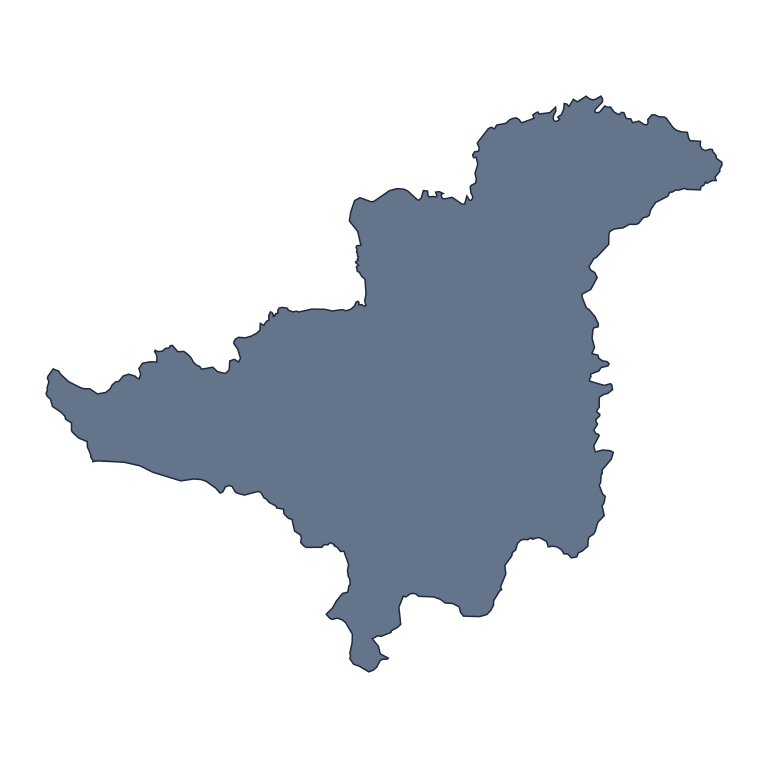 the district of Maubisse, Ainaro, East Timor
{"feature_id": "22284137B40449592168850", "entity_name": "Maubisse", "entity_type": "district", "adm_level": 2, "iso_a3": "TLS", "parent_name": "East Timor", "parent_adm1": "Ainaro", "projection": "albers", "projection_center": [125.632, -8.847], "detail": "fine", "context": "isolated", "style": "filled", "palette": "slate", "viewbox_px": 768, "rotation_deg": 0, "n_neighbors": 0, "source": "geoboundaries", "source_scale": "gbopen_adm2", "svg_char_len": 6093}
<svg xmlns="http://www.w3.org/2000/svg" viewBox="0 0 768 768"><path d="M47.1,387.5L47.4,390.2L46.1,393.2L47.2,396.3L50.5,399.2L52.4,406.4L60.8,412.1L64.8,416.0L65.6,419.2L71.5,423.0L71.5,430.6L72.5,432.3L78.8,438.1L87.3,441.7L87.4,447.0L90.4,453.7L91.0,457.6L92.9,460.2L92.7,461.6L97.9,460.9L123.8,462.2L140.0,465.8L152.7,472.2L180.8,480.9L193.7,479.0L201.0,479.5L205.9,481.2L215.6,488.0L220.1,493.1L222.8,491.9L225.5,486.8L229.2,485.6L232.0,486.4L235.3,492.0L237.0,493.1L244.4,495.1L258.2,491.4L260.9,492.6L264.1,498.0L266.3,499.0L269.0,502.4L276.1,506.1L276.7,508.0L283.5,509.2L283.9,513.5L285.2,515.2L288.8,518.5L292.0,519.4L294.6,531.2L300.2,534.7L301.4,537.3L300.7,542.6L304.0,546.1L306.2,547.4L321.8,547.3L324.4,544.5L327.8,544.9L329.9,542.7L334.4,544.5L334.1,545.7L337.6,547.6L340.5,551.5L343.9,551.2L348.6,564.5L347.5,570.6L348.2,576.3L349.8,579.0L350.2,584.5L348.9,585.9L347.7,592.2L342.5,593.4L336.4,601.0L332.4,608.1L326.2,614.2L329.9,618.4L332.3,619.4L337.5,618.1L342.6,620.1L345.7,622.8L352.4,634.2L352.1,642.9L349.8,653.2L350.5,655.5L349.9,658.8L353.5,664.1L359.1,666.1L368.9,671.9L373.1,670.2L376.6,667.3L380.1,660.6L382.5,659.3L387.4,659.1L388.3,658.1L380.3,653.9L378.3,646.1L372.3,638.8L378.0,635.7L380.9,636.4L391.0,632.4L391.3,630.8L397.6,627.3L400.7,624.4L398.9,607.2L403.3,596.2L406.1,596.9L410.5,593.6L413.7,593.5L415.8,593.9L418.7,596.3L433.5,596.9L440.4,599.3L445.2,603.0L452.6,603.5L459.3,606.9L460.4,612.1L463.4,616.1L479.8,616.6L486.9,614.5L490.8,610.4L493.6,605.0L493.5,601.0L499.6,591.0L501.6,589.7L500.6,586.6L505.8,574.0L504.8,565.5L511.8,555.9L512.3,552.7L515.7,549.9L517.4,543.5L520.7,540.3L523.5,539.4L527.7,539.7L531.2,537.8L532.4,539.3L537.5,537.6L540.0,537.9L546.6,541.5L548.2,546.9L552.6,546.2L556.9,546.9L561.6,549.8L563.8,553.8L568.0,554.1L571.3,557.9L576.6,557.0L578.3,552.9L582.5,550.9L587.9,546.1L588.1,540.0L589.2,536.9L593.4,534.3L595.2,531.5L597.7,522.5L604.2,515.6L602.2,506.0L604.2,502.2L605.2,496.3L602.5,493.8L599.2,485.2L600.6,482.6L601.2,474.9L602.3,473.4L602.0,470.1L611.3,459.2L613.3,452.3L610.3,450.7L602.8,450.0L595.3,451.9L593.7,446.0L599.2,435.6L598.1,434.1L595.9,433.6L593.8,430.1L597.6,424.1L595.9,421.4L596.1,419.4L599.7,415.8L599.8,414.2L597.0,412.0L596.9,410.5L599.3,407.0L599.2,397.4L604.0,394.2L607.7,393.5L612.6,389.6L611.7,384.6L610.6,383.7L604.3,385.4L589.9,381.2L589.5,378.9L591.0,376.6L590.5,374.1L598.9,371.0L600.9,367.7L608.1,365.8L609.1,363.8L607.0,361.6L602.4,360.8L598.8,358.2L597.9,355.1L591.9,353.6L594.5,347.5L592.1,338.2L593.0,329.5L593.9,327.8L598.1,326.8L598.4,323.9L595.0,316.7L588.9,309.4L586.3,307.9L582.2,297.3L582.0,294.2L590.8,289.4L597.2,277.6L594.8,272.6L590.8,270.2L588.9,266.7L594.0,258.5L596.3,257.5L608.7,244.3L608.9,234.1L609.9,231.4L614.2,229.0L623.2,227.8L629.3,224.3L636.1,224.4L638.7,223.3L643.2,217.7L647.2,216.8L649.3,215.1L650.7,209.7L655.7,202.4L667.7,196.3L669.9,192.1L672.0,192.2L675.9,189.9L678.4,190.2L684.6,188.4L686.8,189.4L700.4,189.9L700.8,187.0L704.2,184.8L705.3,182.0L706.9,183.3L712.1,180.6L716.2,180.6L715.1,177.1L719.9,171.2L719.8,168.9L721.9,165.4L721.9,162.4L716.5,158.3L715.9,155.1L712.8,151.6L712.3,149.5L709.9,149.2L705.2,150.6L701.7,148.8L700.2,145.7L700.5,141.3L690.2,140.7L688.8,138.5L687.3,132.3L681.6,131.9L676.1,130.1L672.8,127.3L666.2,118.1L664.3,117.0L659.0,116.8L654.7,114.8L651.9,114.8L647.8,119.5L648.0,123.1L646.7,125.0L644.2,124.5L638.9,121.1L632.6,122.7L630.6,118.7L627.9,118.9L626.0,117.9L623.9,112.6L621.4,112.4L619.2,114.6L617.1,113.7L614.2,112.1L610.5,107.0L607.8,107.3L604.7,106.0L599.4,112.3L595.7,112.7L594.6,111.2L595.6,109.1L602.4,102.1L602.6,99.0L601.0,96.1L595.4,99.3L592.5,99.8L589.7,99.0L586.1,96.2L577.3,101.8L573.4,99.3L569.0,106.4L566.7,104.0L564.2,103.5L563.8,108.8L561.5,114.6L557.8,117.0L559.7,119.6L556.6,121.2L554.5,121.2L553.2,119.3L553.6,115.5L555.8,111.2L555.6,107.2L549.8,112.7L539.1,114.0L538.0,112.1L537.0,112.2L532.8,114.9L534.0,118.3L522.6,122.5L521.1,122.5L519.0,119.5L516.1,117.8L512.9,118.4L509.7,119.8L505.8,123.3L496.6,125.1L494.5,128.9L491.2,127.2L488.3,128.7L477.7,142.4L477.3,143.6L479.3,147.9L478.4,151.3L474.7,151.7L472.6,154.8L473.5,157.6L476.2,157.5L477.8,164.2L475.0,173.4L476.3,178.9L475.6,183.1L471.3,185.3L470.2,186.9L470.9,192.8L472.7,196.6L472.4,198.7L471.1,200.3L469.5,200.3L466.9,196.0L464.6,204.2L462.0,204.1L452.1,197.3L444.6,198.9L442.5,198.5L441.2,195.7L441.6,194.2L443.2,193.5L439.1,191.6L435.6,192.2L436.9,195.7L435.9,197.1L433.5,196.4L429.5,196.9L428.0,195.8L427.6,191.1L423.4,190.6L421.3,197.8L419.3,199.9L417.6,200.0L407.8,191.0L404.0,189.2L397.1,188.6L389.5,190.6L373.9,201.4L371.2,201.8L360.0,197.7L354.6,200.6L350.7,212.2L349.4,221.0L357.7,231.4L360.9,245.3L356.8,245.7L356.1,247.3L357.1,249.7L356.5,252.1L357.6,253.2L357.4,256.0L358.6,257.1L357.3,259.3L358.0,260.5L355.8,261.6L355.7,262.7L358.6,265.1L356.4,266.7L357.4,271.4L359.2,272.1L361.8,276.6L365.0,279.1L366.0,293.6L364.7,301.0L366.0,305.6L363.8,306.1L361.9,304.6L359.0,304.8L358.9,302.2L357.8,301.3L356.0,302.2L354.6,305.9L351.0,309.1L346.1,310.8L342.2,309.6L332.2,311.0L324.8,309.3L311.6,309.1L298.9,312.0L296.6,311.2L292.9,311.9L288.1,310.0L287.5,308.2L281.8,307.4L279.1,308.1L277.8,310.4L278.0,313.3L275.7,313.6L274.5,316.3L273.2,316.4L273.5,315.1L271.9,312.4L270.5,311.9L268.7,315.6L268.9,320.1L266.3,321.4L263.8,325.3L260.3,323.4L260.0,330.0L256.8,333.1L251.1,336.2L245.3,337.8L238.5,337.3L235.4,339.1L234.0,341.5L233.9,343.7L237.7,349.1L240.5,358.3L238.6,362.0L234.4,359.3L229.7,361.0L229.3,368.8L228.5,370.7L225.1,373.5L217.4,371.6L212.8,367.2L201.7,369.2L199.5,366.3L196.7,365.3L193.9,362.8L190.9,357.6L187.2,353.8L183.8,351.4L177.9,351.7L172.3,345.4L170.2,345.7L169.1,347.8L165.1,348.6L162.3,351.2L158.1,351.6L155.2,350.3L154.5,351.6L156.2,353.9L157.0,357.9L156.7,362.0L150.1,361.8L142.5,363.2L138.9,368.6L140.6,374.1L139.3,378.8L136.9,378.1L135.4,376.3L128.9,374.2L123.3,375.9L118.9,381.3L115.8,381.8L112.0,385.1L110.4,388.6L105.7,392.5L97.4,393.9L89.8,388.8L83.4,388.6L79.7,387.3L68.7,381.7L60.8,374.4L58.7,371.1L53.2,368.9L48.0,376.2L47.4,378.3L49.0,381.7L47.1,387.5Z" fill="#64748b" stroke="#1e293b" stroke-width="1.5"/></svg>